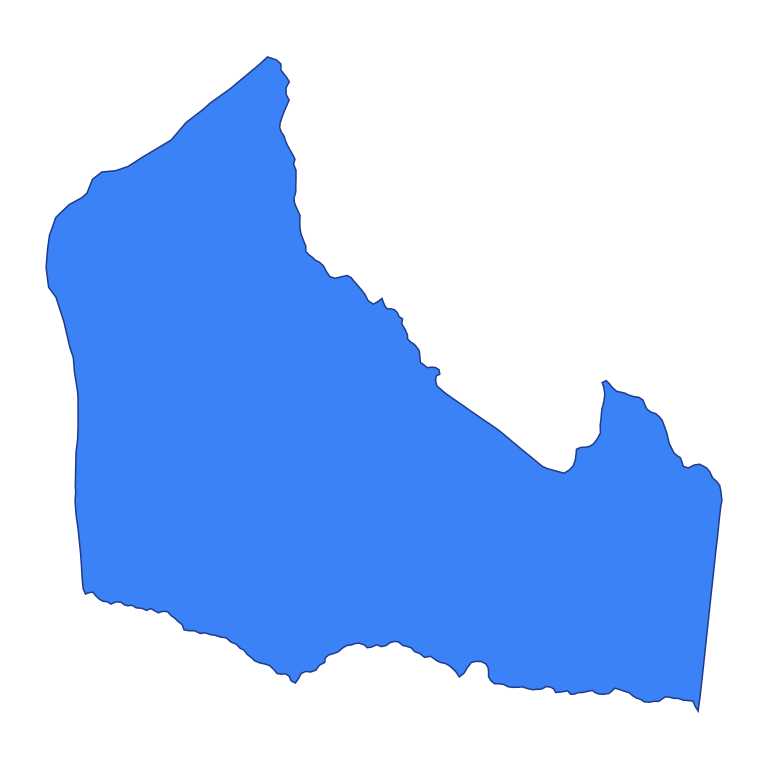 Santa Fé do Araguaia, Tocantins, Brazil (Robinson projection)
{"feature_id": "56859067B90506304051015", "entity_name": "Santa Fé do Araguaia", "entity_type": "district", "adm_level": 2, "iso_a3": "BRA", "parent_name": "Brazil", "parent_adm1": "Tocantins", "projection": "robinson", "projection_center": [-48.926, -7.045], "detail": "fine", "context": "isolated", "style": "filled", "palette": "blue", "viewbox_px": 768, "rotation_deg": 0, "n_neighbors": 0, "source": "geoboundaries", "source_scale": "gbopen_adm2", "svg_char_len": 4487}
<svg xmlns="http://www.w3.org/2000/svg" viewBox="0 0 768 768"><path d="M85.5,594.1L88.8,592.7L92.8,592.1L95.6,595.6L99.3,599.1L102.7,601.2L107.3,601.7L111.0,604.1L115.8,601.9L120.8,602.1L124.3,604.8L127.9,605.8L131.9,605.2L136.1,607.8L141.9,608.3L146.7,610.4L150.8,608.6L154.4,610.6L158.2,612.8L163.0,611.3L167.6,611.7L171.5,615.9L174.9,618.3L178.2,621.5L182.2,624.7L184.0,629.8L188.8,630.7L194.7,630.8L200.2,633.5L204.9,632.8L210.4,634.6L215.5,635.4L220.2,637.0L226.1,637.8L230.9,642.0L236.3,644.2L240.2,648.3L243.8,649.9L247.2,654.4L251.7,657.9L254.4,660.6L259.6,662.9L265.0,664.0L269.8,665.7L274.5,670.3L277.2,673.6L281.4,674.2L285.5,673.8L289.1,676.2L291.1,680.8L295.3,683.1L298.5,678.6L300.9,673.8L305.6,671.4L310.7,672.0L315.8,670.2L319.5,665.1L324.8,662.4L325.2,658.1L328.6,655.0L333.6,653.6L338.3,651.8L343.2,647.5L347.3,645.4L351.3,645.0L355.2,643.5L359.2,643.2L364.6,645.0L367.2,647.7L371.8,647.0L376.8,644.8L381.3,646.6L385.8,645.7L390.1,642.6L394.7,641.4L398.3,641.8L402.7,645.4L407.5,646.6L411.2,647.8L414.6,651.6L419.8,653.5L424.6,657.4L430.4,656.3L433.8,658.5L437.3,661.0L440.7,662.5L445.2,663.4L449.4,665.7L452.8,668.8L455.7,671.6L459.3,676.9L464.1,673.1L467.2,667.9L471.4,662.4L476.7,661.3L481.4,661.6L486.0,664.0L488.0,667.4L488.6,671.4L488.5,676.6L490.8,680.6L494.5,683.7L498.9,683.8L503.9,684.5L507.7,686.6L511.6,687.3L517.0,687.3L522.5,686.9L527.5,688.6L532.7,689.7L537.3,689.3L541.7,689.0L546.3,686.6L550.6,687.1L553.8,689.0L555.6,692.5L561.6,691.9L567.6,690.8L570.7,694.3L574.7,694.0L578.0,692.7L582.4,692.5L587.2,691.5L592.4,690.4L595.3,692.7L599.1,694.1L603.7,694.3L609.0,693.4L612.0,691.0L614.8,688.2L619.4,689.5L624.1,691.2L629.2,692.7L632.8,695.8L636.7,698.2L640.4,699.3L644.3,701.9L649.9,702.2L654.4,701.2L658.6,701.5L661.7,699.3L665.3,696.9L669.5,697.2L673.5,698.3L678.3,698.4L683.4,700.2L687.8,700.5L692.9,701.1L695.3,706.5L698.1,711.1L700.1,696.5L702.4,675.8L703.5,665.6L709.8,606.7L714.8,560.7L715.6,553.1L716.4,546.1L717.3,538.9L718.3,529.0L719.1,521.1L719.6,516.3L720.9,505.8L721.9,500.8L721.4,495.6L720.8,490.8L719.7,485.5L716.6,481.4L712.5,477.7L709.7,471.7L706.7,468.1L703.3,466.1L699.5,464.2L694.3,465.0L688.3,467.9L683.3,466.4L682.0,462.0L680.3,457.7L676.8,455.5L673.9,452.8L669.1,443.2L667.4,435.5L666.4,431.7L664.3,425.9L662.1,420.2L659.2,416.7L655.7,413.6L651.3,412.3L647.1,409.3L645.0,405.2L642.9,399.9L638.8,397.3L633.7,396.6L628.3,394.9L625.0,393.2L621.3,392.3L616.8,391.4L612.5,387.7L609.4,383.8L606.2,380.6L602.2,382.5L603.9,387.7L604.8,394.2L604.1,400.1L603.3,404.1L602.0,408.6L601.4,413.7L601.0,418.6L600.2,425.2L600.4,433.0L597.2,439.0L593.4,444.0L589.3,446.5L585.4,447.2L580.9,447.4L576.5,449.2L576.1,453.5L575.5,459.0L573.4,465.7L569.1,470.1L564.1,473.2L547.3,468.6L542.4,466.4L530.4,456.5L521.9,449.6L516.5,445.0L513.0,442.2L508.5,438.3L505.3,435.7L501.4,432.4L497.4,429.3L491.0,424.8L485.5,421.2L477.4,415.6L474.0,413.2L470.7,411.0L466.5,408.0L462.1,404.9L453.8,399.2L448.6,395.5L444.2,392.3L436.7,385.7L435.6,380.7L436.1,376.1L439.8,374.2L439.1,369.9L435.9,367.7L432.0,367.1L427.3,367.7L424.2,365.1L420.4,362.4L419.8,355.9L419.2,350.7L416.6,347.0L414.0,344.1L410.6,342.0L407.6,339.0L407.5,335.0L405.3,329.8L401.8,323.9L402.5,318.8L399.1,316.7L397.4,312.7L394.7,309.9L391.0,308.8L387.0,308.8L384.8,305.8L383.3,302.1L382.0,298.4L377.8,301.7L373.3,304.1L368.2,300.8L364.7,294.0L360.9,289.2L357.2,284.9L353.6,280.7L351.1,277.5L347.2,275.5L340.6,277.0L334.8,278.3L329.8,276.6L326.5,271.6L323.3,265.7L319.1,262.0L315.6,260.4L312.7,257.6L308.7,254.6L305.8,251.3L305.8,246.2L303.5,240.6L301.0,233.9L300.0,228.4L299.8,222.1L300.0,215.3L297.8,210.6L295.6,205.8L294.3,201.8L294.1,197.8L295.8,191.8L295.8,184.2L296.0,178.8L296.0,170.1L293.5,164.2L295.0,159.3L292.8,154.8L290.1,150.2L287.4,145.2L285.7,141.3L283.9,135.8L281.2,131.9L279.7,127.4L280.1,123.2L282.0,117.4L284.1,111.6L286.6,106.0L289.1,100.1L286.2,94.6L286.0,87.9L289.3,81.8L287.1,78.1L283.9,73.9L280.9,70.1L280.9,64.0L276.7,60.1L272.3,58.5L267.5,56.9L258.9,64.8L236.7,83.3L230.4,88.6L210.4,102.9L202.9,109.6L186.2,122.4L171.2,140.0L141.4,157.8L128.2,166.4L115.6,170.7L101.9,172.0L92.5,179.2L87.1,192.9L81.7,197.8L77.0,200.3L69.3,204.5L55.9,217.3L49.5,235.2L47.6,248.7L46.1,267.5L48.6,287.3L56.0,297.3L63.9,321.7L70.0,347.9L73.3,357.5L74.5,372.5L75.4,377.7L77.6,391.7L78.0,398.2L78.1,425.2L77.6,439.4L76.0,452.6L75.7,467.1L75.3,487.0L75.7,491.2L75.1,501.6L76.0,514.1L78.1,529.3L80.7,554.6L82.4,581.2L83.2,588.8L85.5,594.1Z" fill="#3b82f6" stroke="#1e3a8a" stroke-width="1.5"/></svg>